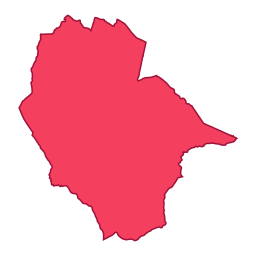 Provita De Sus, Prahova, Romania (Albers equal-area conic projection)
{"feature_id": "2599482B41461583551920", "entity_name": "Provita De Sus", "entity_type": "district", "adm_level": 2, "iso_a3": "ROU", "parent_name": "Romania", "parent_adm1": "Prahova", "projection": "albers", "projection_center": [25.633, 45.139], "detail": "fine", "context": "isolated", "style": "filled", "palette": "rose", "viewbox_px": 256, "rotation_deg": 0, "n_neighbors": 0, "source": "geoboundaries", "source_scale": "gbopen_adm2", "svg_char_len": 5648}
<svg xmlns="http://www.w3.org/2000/svg" viewBox="0 0 256 256"><path d="M103.5,239.7L112.7,234.9L115.1,232.6L115.6,232.3L116.2,232.2L116.7,232.4L117.1,232.8L117.5,233.5L118.0,234.8L118.6,235.7L121.2,237.9L122.6,238.8L125.9,239.7L127.4,239.6L129.5,239.2L131.1,239.1L132.9,239.5L134.6,240.6L135.2,240.6L136.8,240.0L138.0,239.3L138.4,238.8L138.9,238.0L140.4,236.9L141.1,236.0L141.8,235.8L143.1,235.7L144.0,235.4L145.2,234.1L146.6,233.1L148.6,231.6L150.5,230.9L151.0,230.5L151.8,229.7L152.3,229.3L154.7,228.5L157.3,227.4L158.4,227.1L159.4,227.1L160.7,227.7L161.5,227.7L162.0,227.5L162.2,227.3L162.8,225.8L165.4,224.6L166.0,223.2L165.7,222.2L164.7,220.6L164.7,220.0L164.9,219.3L164.7,218.2L164.6,216.2L163.9,213.4L163.6,212.5L164.3,210.6L164.2,210.2L163.9,209.3L163.7,207.8L163.8,205.5L164.0,204.0L163.9,202.2L163.6,200.5L163.6,199.9L163.8,199.5L164.5,198.5L164.8,197.9L164.8,195.7L164.3,195.0L165.6,192.9L168.5,188.9L169.4,188.3L171.8,187.1L172.4,186.5L173.8,184.3L175.3,182.3L178.1,177.6L180.1,177.3L182.5,176.7L181.4,175.5L180.6,173.9L180.8,170.0L181.4,168.8L181.4,167.8L181.3,167.3L181.0,166.8L179.2,165.3L178.6,164.6L178.4,164.1L178.9,163.1L180.2,162.8L180.4,162.5L180.6,161.3L180.8,161.0L181.2,160.6L182.0,160.2L182.0,159.7L181.2,158.0L181.1,157.2L180.8,156.5L182.4,155.7L183.1,155.0L183.5,153.6L182.9,152.7L183.0,152.1L183.3,152.0L184.0,152.4L184.6,152.1L186.1,152.2L187.4,152.1L187.9,150.6L188.3,149.9L189.1,149.5L190.6,148.4L191.2,148.3L192.1,147.8L194.2,147.5L194.5,147.1L195.3,146.8L195.8,146.4L196.2,146.4L197.4,147.0L198.8,146.3L199.6,146.2L201.6,146.7L202.0,146.7L203.6,146.1L203.6,145.9L203.8,145.8L203.7,145.4L203.8,145.1L204.5,144.9L205.6,143.8L207.9,143.3L209.7,143.5L211.2,142.9L212.0,143.2L213.6,143.3L216.1,143.8L218.6,144.0L221.9,145.1L225.2,145.1L225.8,144.7L225.9,144.3L226.7,143.6L227.7,143.1L230.4,142.6L233.9,141.6L234.5,141.1L235.3,139.9L236.8,138.4L235.3,137.5L233.3,136.6L233.1,135.8L232.2,136.3L231.8,136.2L231.5,135.9L231.5,135.6L231.0,135.3L229.6,135.1L229.2,134.8L203.6,123.4L192.6,107.2L192.1,106.1L190.7,105.4L189.1,104.1L188.6,103.8L187.2,103.9L186.5,103.6L186.0,103.0L185.9,101.5L185.6,100.5L184.5,99.1L183.8,98.5L183.3,98.3L182.7,98.2L181.2,98.8L180.7,98.7L180.2,98.0L179.8,97.1L179.1,96.0L174.9,93.3L174.4,91.6L174.1,89.6L173.9,89.3L173.0,88.9L172.3,88.3L171.4,88.2L170.3,87.4L169.1,86.2L167.5,84.1L165.8,82.3L164.8,81.7L162.7,79.7L161.7,79.3L161.5,78.8L160.9,78.5L160.7,78.1L159.9,77.9L159.4,77.4L158.7,76.9L158.0,76.9L157.6,76.6L157.2,76.6L157.0,76.4L156.7,75.5L155.4,76.0L154.5,76.2L153.5,76.6L150.4,77.4L145.7,77.7L142.8,78.6L141.5,79.6L138.7,80.7L138.2,80.8L137.8,80.5L137.6,80.3L137.5,79.9L137.7,78.6L138.9,75.9L139.5,72.0L140.3,68.4L140.8,66.2L142.5,57.3L143.1,56.2L143.1,55.9L142.9,55.6L143.1,55.3L146.0,42.3L141.0,39.8L137.1,38.1L136.1,37.4L131.1,32.0L129.2,29.3L124.7,23.7L118.5,19.9L117.2,19.4L116.8,21.0L116.8,22.0L116.5,22.6L115.8,23.4L114.4,24.4L114.1,26.1L113.5,26.1L111.9,25.5L109.6,24.0L108.8,23.3L108.5,23.4L107.2,22.7L106.8,22.5L106.1,21.5L104.7,21.1L104.3,19.9L104.1,19.7L102.4,19.3L101.1,19.5L100.2,19.4L98.4,18.4L96.8,17.9L95.1,17.6L94.8,18.0L94.4,19.0L94.2,19.8L94.1,21.1L93.8,22.2L93.1,23.5L92.4,26.3L91.6,28.4L90.9,30.6L90.4,29.9L89.2,28.9L87.8,28.2L85.0,27.8L83.4,27.2L83.0,26.8L81.6,24.3L80.4,22.8L80.3,22.4L80.3,20.8L80.0,20.3L79.7,20.2L78.8,20.4L77.3,21.1L76.2,21.0L73.5,19.9L72.9,19.4L72.5,19.1L72.4,18.6L69.8,16.5L69.6,16.2L67.5,15.4L64.7,17.9L64.2,19.0L64.4,19.4L65.5,19.8L65.3,20.2L65.3,21.5L64.3,21.6L63.2,21.3L62.2,21.8L61.7,22.1L61.2,23.1L60.7,25.2L60.2,26.0L60.1,26.4L60.0,26.6L58.8,27.6L57.8,28.0L56.5,28.1L55.6,29.6L54.7,29.8L54.3,30.6L54.1,31.4L53.8,32.1L52.6,33.9L45.6,34.1L44.7,34.3L40.7,34.2L40.7,34.7L40.4,35.1L40.5,36.3L40.8,37.4L40.8,37.8L40.4,38.6L40.8,39.2L40.7,39.6L40.1,40.6L39.1,42.5L38.3,45.3L38.0,46.0L37.3,46.6L37.1,47.0L37.5,47.6L37.2,48.5L37.3,49.0L38.0,50.0L38.1,51.2L37.9,52.2L38.0,52.4L38.0,53.2L37.6,54.3L37.7,55.6L37.3,56.4L36.6,57.0L36.2,57.5L36.1,59.9L35.7,61.1L35.0,61.4L34.5,62.6L33.5,64.4L33.2,65.8L32.4,67.2L31.4,68.6L31.2,69.2L31.2,70.0L31.5,71.4L32.4,73.3L32.3,74.9L32.4,76.9L32.0,78.8L32.3,79.8L32.4,80.3L32.2,81.0L31.2,82.3L31.0,82.7L31.2,83.1L31.2,84.3L31.7,85.7L31.7,86.5L32.0,88.3L32.2,92.2L32.1,92.6L31.7,93.2L30.8,94.3L26.7,97.7L25.6,98.5L24.2,100.1L22.7,101.2L22.4,101.6L20.2,106.1L19.2,107.5L19.2,108.1L22.5,116.0L24.0,119.1L27.4,124.5L32.4,131.8L32.9,132.7L32.9,133.2L32.3,134.7L32.2,135.3L33.9,137.1L34.7,138.3L35.4,139.1L36.9,141.6L37.9,142.9L38.6,144.5L40.2,146.2L40.4,146.8L40.3,147.8L40.5,148.3L40.8,148.6L41.3,148.8L41.9,149.4L42.5,150.5L43.6,151.3L44.2,152.6L44.8,153.1L45.0,153.5L45.1,154.9L45.5,155.6L46.0,157.0L46.9,158.3L48.1,160.2L49.6,161.8L50.3,163.8L51.3,165.1L52.0,166.3L52.1,167.2L52.0,167.9L51.0,169.3L50.7,170.1L50.2,172.9L49.4,174.0L49.1,174.7L49.2,175.2L49.7,175.4L49.9,175.9L49.5,177.6L49.6,178.3L50.0,178.7L50.7,178.8L51.0,179.3L51.0,179.7L50.7,180.9L50.8,181.2L51.4,181.8L51.3,182.9L51.5,183.8L51.5,184.1L51.8,184.8L52.1,184.9L52.7,184.7L53.2,184.8L53.5,185.7L53.9,186.0L55.6,185.4L56.9,185.6L57.3,185.5L58.3,184.8L58.9,185.1L59.6,186.2L60.1,186.5L60.8,186.3L61.6,185.6L61.9,186.1L62.3,186.3L65.3,185.7L66.4,185.9L67.2,186.5L68.7,188.2L70.0,191.0L70.7,192.0L71.5,192.8L73.1,193.4L76.0,193.9L76.7,194.4L77.3,195.4L77.9,197.9L78.2,198.4L80.6,200.3L82.8,203.1L83.4,203.4L85.3,203.7L86.5,204.1L87.0,204.4L88.9,206.0L90.1,206.0L91.1,206.4L91.8,207.2L92.1,207.9L92.6,210.1L93.0,211.0L94.6,213.6L95.0,214.6L95.5,216.3L96.9,219.0L97.5,221.6L99.1,223.9L99.7,225.1L100.2,228.1L100.6,228.8L102.3,230.4L102.7,231.1L103.3,232.7L103.5,233.5L103.6,237.5L103.5,239.7Z" fill="#f43f5e" stroke="#9f1239" stroke-width="1.5"/></svg>